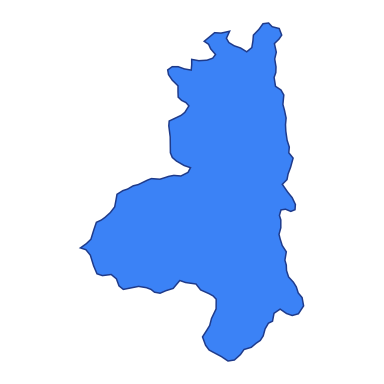 Chavantes, São Paulo, Brazil
{"feature_id": "56859067B36846089677549", "entity_name": "Chavantes", "entity_type": "district", "adm_level": 2, "iso_a3": "BRA", "parent_name": "Brazil", "parent_adm1": "São Paulo", "projection": "mercator", "projection_center": [-49.726, -23.042], "detail": "fine", "context": "isolated", "style": "filled", "palette": "blue", "viewbox_px": 384, "rotation_deg": 0, "n_neighbors": 0, "source": "geoboundaries", "source_scale": "gbopen_adm2", "svg_char_len": 2091}
<svg xmlns="http://www.w3.org/2000/svg" viewBox="0 0 384 384"><path d="M80.4,247.9L85.9,249.7L90.3,255.1L93.6,265.8L97.0,273.8L102.4,275.6L111.2,274.5L116.4,278.8L119.0,285.9L123.3,289.4L138.6,286.4L146.5,287.7L151.0,289.4L154.5,292.2L160.1,293.2L165.9,290.7L173.2,288.4L179.8,280.5L185.5,282.5L196.0,284.0L200.6,289.9L209.1,293.7L213.1,295.9L216.2,299.2L216.1,308.9L211.5,318.5L209.7,325.5L207.0,329.9L202.5,336.9L205.6,345.3L209.1,350.0L213.3,352.3L220.9,356.3L228.0,361.0L234.4,360.0L240.4,354.6L244.0,349.5L251.3,347.3L256.3,343.1L260.3,340.4L263.2,335.9L265.1,328.9L268.4,323.2L272.5,321.2L274.0,313.3L280.1,309.1L286.5,313.5L292.2,315.5L298.4,313.8L303.6,305.9L302.1,297.6L298.2,292.9L296.3,286.9L293.4,282.2L288.6,277.0L286.5,270.5L286.3,265.1L284.9,260.2L286.3,251.8L282.2,245.5L280.1,238.8L279.0,234.3L280.8,227.8L280.8,219.9L279.4,215.4L281.0,209.9L285.5,209.2L290.8,211.4L295.0,209.7L295.4,204.5L292.2,197.7L287.6,192.0L282.3,184.3L287.0,179.6L288.1,173.9L290.6,167.2L293.1,158.1L288.8,152.8L289.3,147.1L287.1,140.2L285.8,131.2L285.5,124.7L286.1,118.0L284.5,110.4L282.9,104.4L283.8,95.0L281.0,90.0L275.5,86.3L274.1,77.4L275.8,72.6L276.0,66.9L274.7,58.9L276.3,52.2L274.4,43.6L279.0,39.1L281.7,35.1L279.2,28.5L272.1,26.7L268.6,23.0L263.0,23.7L258.9,29.4L253.4,35.1L252.9,41.1L251.8,47.6L246.7,51.8L240.6,48.0L234.2,45.8L228.9,42.6L226.4,38.3L229.6,31.2L225.3,32.2L221.0,33.1L214.6,32.7L204.2,41.3L208.6,44.3L210.7,48.9L215.5,54.5L212.7,58.2L207.0,60.2L198.8,60.7L191.7,59.4L191.7,64.9L191.2,70.1L184.3,68.9L178.2,66.7L172.2,66.7L167.7,69.9L168.5,74.6L172.2,80.1L178.0,85.8L178.0,91.7L178.2,97.2L181.6,100.4L186.0,102.6L188.9,105.9L184.8,112.4L181.2,115.3L169.2,121.0L168.8,125.8L170.2,136.9L170.4,152.8L172.3,157.5L176.5,161.1L184.1,165.5L190.5,167.7L188.0,172.4L180.9,176.0L173.8,175.4L168.6,176.4L164.7,177.7L159.9,179.2L151.4,178.6L147.5,180.1L138.2,184.6L133.2,185.8L127.5,189.1L122.9,190.6L117.0,194.3L116.0,200.0L114.7,206.9L110.3,212.6L105.0,217.4L101.2,220.1L96.4,222.3L93.9,229.6L90.9,239.3L86.3,243.7L80.4,247.9Z" fill="#3b82f6" stroke="#1e3a8a" stroke-width="1.5"/></svg>